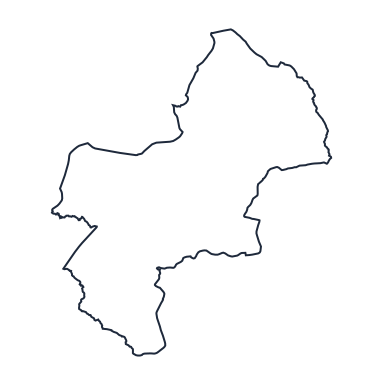 outline of Rolea B'ier, Kâmpóng Chhnang, Cambodia, rotated 266°
{"feature_id": "14789045B85845272815349", "entity_name": "Rolea B'ier", "entity_type": "district", "adm_level": 2, "iso_a3": "KHM", "parent_name": "Cambodia", "parent_adm1": "Kâmpóng Chhnang", "projection": "robinson", "projection_center": [104.575, 12.211], "detail": "fine", "context": "isolated", "style": "outline", "palette": "slate", "viewbox_px": 384, "rotation_deg": 266, "n_neighbors": 0, "source": "geoboundaries", "source_scale": "gbopen_adm2", "svg_char_len": 5901}
<svg xmlns="http://www.w3.org/2000/svg" viewBox="0 0 384 384"><g transform="rotate(266 192 192)"><path d="M34.8,122.2L33.1,124.8L32.6,126.7L32.5,128.8L32.7,129.9L32.9,130.7L33.5,131.3L33.9,132.2L34.1,133.5L33.9,139.6L33.4,143.0L33.6,144.6L34.2,146.2L38.4,152.5L39.2,153.5L40.6,154.6L42.7,154.7L44.5,154.4L50.6,153.0L56.3,151.3L60.1,150.6L66.6,148.9L68.6,148.4L73.2,148.0L74.3,148.2L75.5,148.8L83.3,153.4L85.9,155.2L86.7,155.6L87.2,155.4L89.5,156.6L92.2,157.3L92.8,157.3L94.3,156.6L98.7,153.3L99.2,151.9L100.7,149.4L101.8,148.5L102.5,148.6L107.3,152.9L108.6,153.4L111.5,153.4L112.7,154.5L113.4,154.6L115.7,154.1L116.5,154.5L117.2,152.5L118.2,151.7L118.8,152.0L119.2,153.8L118.3,155.6L117.7,158.2L117.5,159.4L118.2,161.7L118.2,164.9L117.7,167.7L117.7,168.4L118.1,169.2L118.9,170.0L120.7,171.1L121.4,172.0L123.0,175.9L124.1,177.5L126.7,178.7L127.3,180.0L127.8,182.2L127.9,186.1L127.0,186.5L126.1,187.8L125.6,188.8L125.8,190.1L127.8,191.7L129.3,192.4L131.4,194.1L132.3,195.8L132.8,198.8L132.9,200.3L132.6,202.3L129.3,206.4L128.7,207.5L127.9,210.6L127.7,213.1L128.0,214.5L129.1,217.7L129.3,219.0L128.4,220.9L126.2,223.6L125.2,226.1L124.8,227.6L125.4,232.6L125.8,233.6L127.3,236.1L127.7,237.3L127.6,241.0L125.1,241.3L125.1,244.6L125.3,247.6L126.1,253.7L126.5,254.6L127.0,255.4L128.2,256.1L132.8,257.0L137.8,255.3L143.8,253.9L146.2,253.4L148.2,253.6L154.5,255.8L157.5,257.1L159.0,257.4L159.3,256.9L160.8,251.6L161.0,250.2L162.2,247.7L163.5,242.9L164.0,242.4L165.1,242.4L166.5,243.3L168.5,244.9L170.5,245.8L172.3,246.2L173.1,246.9L175.0,249.2L175.7,249.7L176.9,250.5L179.9,251.8L181.2,252.6L184.0,257.0L185.5,257.4L192.6,257.8L195.2,258.5L198.3,262.6L199.2,263.5L200.2,263.8L200.5,264.7L202.1,266.3L205.8,268.7L207.2,269.1L207.6,269.4L209.5,271.9L210.9,277.5L211.0,278.7L210.2,280.3L207.6,283.0L207.6,284.1L208.2,287.7L208.8,289.3L209.0,293.6L209.6,296.3L209.4,297.6L210.8,301.1L210.8,307.2L211.3,309.1L211.8,313.6L211.9,316.2L211.8,322.0L212.3,325.7L210.8,328.5L211.9,329.7L213.7,330.7L215.2,331.8L216.3,333.2L217.3,333.1L217.9,332.6L218.7,331.2L220.1,331.8L222.3,330.9L223.5,331.3L224.0,331.1L224.9,331.3L225.5,330.8L225.9,330.2L226.9,329.9L228.6,328.1L229.3,327.8L230.6,328.0L232.8,327.2L234.1,328.2L235.7,328.7L237.5,330.0L237.9,330.1L239.1,329.9L239.9,330.2L240.2,330.7L242.2,331.2L243.1,331.9L244.1,331.8L247.5,330.4L248.6,330.3L249.9,329.8L252.0,329.0L254.4,327.7L255.2,327.5L260.3,323.8L262.2,322.8L263.0,321.8L263.7,321.5L265.0,321.5L266.0,322.2L267.0,322.4L268.0,321.8L268.6,321.8L269.6,320.9L270.8,320.1L272.2,320.0L272.6,319.5L273.9,319.2L274.9,319.6L275.4,319.6L276.2,318.6L276.7,318.6L277.3,319.1L278.1,320.3L278.8,320.5L279.3,321.3L280.4,321.2L282.7,320.0L285.7,319.5L286.8,318.0L288.3,316.6L291.0,315.7L292.4,314.7L294.1,314.6L294.6,314.0L295.3,311.7L298.6,309.7L298.6,307.5L299.1,306.2L299.1,305.2L300.4,304.6L302.7,304.6L303.2,304.5L307.4,302.3L310.3,299.8L311.4,298.3L312.8,293.2L313.9,292.6L315.2,289.6L311.0,286.6L312.1,279.8L312.5,278.6L313.1,277.5L314.2,276.3L317.7,274.6L321.8,270.9L324.9,266.0L326.8,264.0L331.1,260.1L336.3,256.9L338.2,256.0L340.4,253.7L344.2,250.6L346.3,248.2L348.2,246.5L350.4,244.0L351.5,242.1L350.7,234.6L349.1,223.7L349.3,222.7L348.9,222.2L347.3,222.0L343.6,224.2L340.5,224.8L339.1,224.8L333.8,222.9L331.5,221.3L327.5,217.7L325.5,216.2L320.6,211.6L317.2,206.3L316.8,206.1L314.7,206.4L312.7,206.0L310.6,203.9L305.4,201.3L298.8,196.9L291.3,194.2L289.9,193.0L288.9,192.6L287.2,194.2L285.9,194.5L284.6,194.5L283.2,193.8L281.2,192.1L279.8,189.6L279.4,188.1L279.4,187.1L278.0,186.2L278.6,184.3L278.2,183.8L278.4,182.3L279.1,181.6L279.9,179.1L278.3,179.8L272.8,179.8L270.8,180.6L269.2,181.9L267.3,182.6L256.7,183.9L255.5,184.4L252.5,186.8L251.2,186.2L248.4,184.0L247.4,182.7L245.5,179.5L244.2,176.8L243.7,173.6L243.7,159.9L242.4,155.6L236.2,147.3L233.9,144.8L233.6,143.7L233.2,140.7L232.8,140.3L232.7,139.7L232.7,138.5L236.0,122.9L242.2,98.4L243.6,95.9L248.0,91.4L246.5,84.6L246.0,82.7L245.0,80.7L242.7,77.4L240.1,74.2L238.5,72.8L236.7,72.1L232.2,71.3L228.5,70.3L226.3,69.5L217.5,66.3L204.6,60.6L200.9,62.0L199.1,62.2L194.6,62.1L192.7,61.5L189.6,58.9L187.8,56.9L184.9,51.9L184.2,51.4L183.7,51.2L182.5,51.8L182.0,51.6L181.7,51.0L181.2,50.8L180.1,52.1L179.9,53.7L179.0,54.7L179.2,55.4L180.3,56.2L179.7,57.4L179.1,57.7L178.2,57.3L177.5,58.0L177.0,59.1L176.2,58.4L175.3,58.6L175.8,59.3L175.3,59.7L175.4,60.4L176.0,60.9L175.6,62.0L175.5,63.1L176.3,63.7L176.7,64.7L177.1,65.0L177.1,65.5L177.0,67.1L176.3,67.5L176.1,69.4L175.7,69.9L175.9,70.6L176.4,71.2L176.0,72.2L176.1,73.2L175.2,73.8L174.9,74.6L174.5,74.9L173.8,76.0L171.8,77.0L171.8,78.0L173.0,78.4L173.4,79.7L174.9,80.5L174.8,80.9L172.6,82.6L170.5,83.4L169.7,84.8L168.0,86.0L166.2,86.7L165.8,87.5L165.2,87.9L163.8,88.3L163.6,88.8L164.4,90.4L164.9,92.5L164.2,94.6L163.5,94.4L148.7,78.7L145.4,75.5L140.4,71.1L124.4,58.3L123.9,59.2L124.1,61.9L123.1,63.5L122.6,63.8L122.5,64.2L121.8,64.6L121.9,65.5L121.7,65.9L121.0,65.7L118.5,66.6L117.3,66.5L116.4,67.2L116.1,68.0L114.8,68.7L113.9,69.6L112.0,71.8L111.2,73.4L110.2,74.2L109.0,74.3L107.7,73.5L107.3,73.8L107.1,74.6L106.2,74.8L106.2,75.4L106.5,75.7L106.3,76.2L104.8,77.0L104.4,76.4L103.3,75.6L102.5,75.9L100.4,76.0L99.9,76.2L99.3,77.0L98.4,77.5L95.8,77.2L95.3,77.4L94.3,77.1L93.4,76.2L92.8,74.6L92.5,74.1L92.0,73.8L90.4,73.9L88.3,71.8L87.7,71.6L86.5,71.7L84.2,71.2L83.1,71.3L82.1,72.8L81.4,73.5L80.9,73.6L80.6,74.1L80.8,74.8L79.6,77.8L78.1,78.7L77.5,79.8L76.6,80.6L76.3,81.1L76.4,81.7L76.3,82.2L74.5,82.9L73.0,85.2L72.7,85.5L71.3,85.7L70.5,86.7L71.3,89.6L70.2,90.0L69.1,91.2L67.6,91.6L66.7,92.5L65.8,92.7L65.2,93.1L64.1,92.8L63.2,92.9L62.7,93.3L61.8,93.4L61.1,97.6L59.8,102.0L59.3,102.0L57.9,104.2L56.7,107.1L54.4,109.4L53.2,112.0L52.7,112.1L52.7,113.2L52.2,114.3L51.7,114.8L48.4,116.1L47.3,116.0L46.8,115.3L44.9,115.4L43.5,118.0L42.1,119.0L42.1,119.8L41.7,120.5L40.5,121.0L39.7,121.9L39.0,122.1L35.4,121.8L34.8,122.2Z" fill="none" stroke="#1e293b" stroke-width="2"/></g></svg>